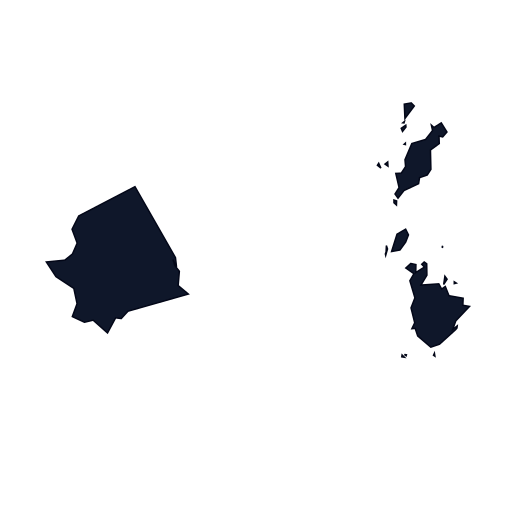 the district of Al Khukhah, Al Hudaydah, Yemen, rotated 171°
{"feature_id": "15242507B44327302396722", "entity_name": "Al Khukhah", "entity_type": "district", "adm_level": 2, "iso_a3": "YEM", "parent_name": "Yemen", "parent_adm1": "Al Hudaydah", "projection": "orthographic", "projection_center": [42.797, 13.833], "detail": "medium", "context": "isolated", "style": "filled", "palette": "ink", "viewbox_px": 512, "rotation_deg": 171, "n_neighbors": 0, "source": "geoboundaries", "source_scale": "gbopen_adm2", "svg_char_len": 1913}
<svg xmlns="http://www.w3.org/2000/svg" viewBox="0 0 512 512"><g transform="rotate(171 256 256)"><path d="M456.8,266.9L441.0,252.5L440.2,236.9L446.9,224.9L435.8,217.4L426.9,218.1L414.7,203.2L404.3,216.9L398.9,215.3L391.1,221.5L328.8,229.0L337.5,239.0L334.1,252.9L337.7,259.3L338.6,265.6L336.2,257.7L335.8,267.0L364.7,343.4L424.8,323.3L433.5,311.2L430.6,296.7L437.0,286.7L445.5,281.8L464.0,282.9L456.8,266.9ZM97.6,138.6L88.5,140.2L70.4,152.0L68.8,153.4L68.2,155.5L73.2,152.7L68.8,160.7L53.0,172.8L59.4,175.0L58.0,181.9L71.6,186.6L73.8,196.3L77.8,194.3L79.8,199.9L97.6,201.5L90.2,210.3L88.6,221.6L90.8,223.8L93.6,221.9L91.4,218.7L100.8,214.7L99.4,222.5L104.3,224.4L109.9,220.7L102.8,213.8L107.9,207.5L105.6,189.8L111.0,180.5L109.7,165.2L113.4,159.8L110.1,159.6L108.8,151.7L97.6,138.6ZM106.7,290.9L99.6,297.5L84.1,302.0L82.2,307.8L74.2,309.2L69.7,314.2L67.1,333.4L57.4,338.4L56.5,345.8L53.0,344.4L48.0,348.6L52.2,358.5L60.1,355.1L62.3,357.8L62.0,352.3L70.3,344.6L84.5,342.7L93.8,327.8L94.3,320.9L99.6,315.1L105.0,315.7L104.0,301.2L109.0,295.5L106.7,290.9ZM121.4,239.2L112.9,239.4L106.0,246.3L102.1,253.0L104.0,259.1L113.3,255.5L121.4,239.2ZM87.4,368.5L76.2,379.4L78.7,382.9L85.8,382.8L87.4,368.5ZM91.8,356.1L87.7,359.9L87.6,361.8L92.6,359.4L91.8,356.1ZM109.3,284.4L108.5,288.4L111.0,289.7L111.4,287.0L109.3,284.4ZM111.2,328.3L114.2,326.6L111.6,324.1L111.2,328.3ZM75.1,198.5L70.9,203.2L72.6,206.5L75.1,198.5ZM121.9,326.6L118.9,323.3L120.3,328.4L121.9,326.6ZM125.6,245.9L126.9,239.6L127.9,237.8L127.8,236.4L125.0,242.4L125.6,245.9ZM95.0,132.0L96.2,130.2L95.0,129.1L95.0,132.0ZM64.5,197.7L62.4,197.9L64.2,199.5L64.5,197.7ZM70.4,236.9L70.7,234.8L70.2,235.9L70.4,236.9ZM88.4,365.6L90.1,364.6L89.0,364.3L88.4,365.6ZM127.8,133.6L125.3,132.8L127.2,135.4L127.8,133.6ZM124.8,135.5L123.3,134.0L122.9,134.9L124.8,135.5ZM90.8,344.1L92.2,343.2L91.0,342.7L90.8,344.1Z" fill="#0f172a" stroke="#020617" stroke-width="1.5"/></g></svg>